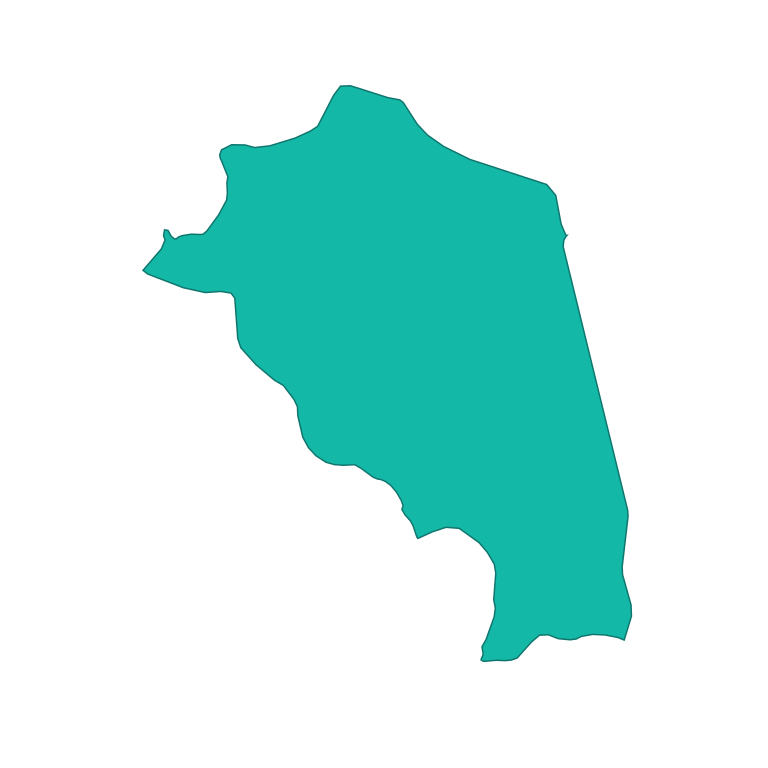 the border of Semnan, rotated 258°
{"feature_id": "IRN-3215", "entity_name": "Semnan", "entity_type": "Province", "adm_level": 1, "iso_a3": "IRN", "parent_name": "Iran", "parent_adm1": "", "projection": "natural_earth1", "projection_center": [54.411, 35.84], "detail": "fine", "context": "isolated", "style": "filled", "palette": "teal", "viewbox_px": 768, "rotation_deg": 258, "n_neighbors": 0, "source": "natural_earth", "source_scale": "10m", "svg_char_len": 1666}
<svg xmlns="http://www.w3.org/2000/svg" viewBox="0 0 768 768"><g transform="rotate(258 384 384)"><path d="M261.1,377.4L266.8,376.6L275.5,373.8L283.5,369.5L288.4,365.1L291.1,361.3L292.5,357.8L295.1,354.0L306.7,343.6L311.2,338.5L313.0,327.2L315.5,318.7L319.5,311.0L328.0,302.5L337.4,296.9L348.8,293.5L370.9,293.1L379.7,294.6L387.5,292.8L403.5,285.3L410.4,277.7L429.5,262.8L449.2,251.5L458.8,250.4L499.1,255.9L504.8,253.2L508.5,243.5L510.6,228.2L519.9,207.7L540.7,175.7L545.3,171.9L562.4,194.3L570.5,199.9L574.9,199.2L580.4,201.4L579.2,204.6L572.7,206.6L569.8,208.9L569.1,210.9L569.8,212.1L570.5,213.6L571.1,217.3L570.6,226.8L568.5,235.1L568.1,237.9L570.3,242.3L583.7,257.3L596.5,268.2L602.9,270.4L613.6,272.2L619.3,274.4L636.4,271.4L638.6,270.8L642.2,270.9L646.8,273.7L649.7,284.7L646.7,297.8L642.2,306.5L640.7,321.7L643.0,348.0L646.8,364.9L649.9,372.7L676.9,394.8L684.4,403.4L682.7,413.2L663.3,447.3L658.6,458.6L655.2,461.4L631.3,470.5L618.5,478.2L603.9,491.8L585.8,514.7L545.3,584.6L532.8,591.2L503.7,590.5L493.2,592.5L491.2,593.4L491.2,593.7L490.2,592.4L487.4,589.9L481.1,587.8L209.7,596.1L203.8,595.2L155.5,578.9L147.8,577.7L116.6,579.7L105.5,577.8L83.6,565.7L87.4,560.2L92.5,548.2L95.7,536.0L96.1,524.5L94.6,518.9L95.1,512.9L98.6,501.7L104.5,492.6L106.0,483.9L100.9,474.5L88.3,457.3L87.5,451.3L88.2,445.0L90.4,436.5L92.0,423.7L93.9,421.6L96.0,422.6L97.4,424.0L99.8,424.9L106.6,425.2L112.8,430.7L133.4,443.4L141.6,446.3L150.3,446.5L175.7,454.0L184.9,454.4L197.8,450.1L209.1,444.0L227.2,427.5L230.9,414.9L229.4,400.8L225.9,385.0L227.6,384.3L239.1,383.0L244.4,381.5L251.6,377.4L257.5,375.4L261.1,377.4Z" fill="#14b8a6" stroke="#0f766e" stroke-width="1.5"/></g></svg>